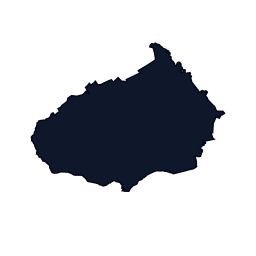 the district of Remetea, Harghita, Romania, rotated 334°
{"feature_id": "2599482B72781380218321", "entity_name": "Remetea", "entity_type": "district", "adm_level": 2, "iso_a3": "ROU", "parent_name": "Romania", "parent_adm1": "Harghita", "projection": "mercator", "projection_center": [25.391, 46.802], "detail": "fine", "context": "isolated", "style": "filled", "palette": "ink", "viewbox_px": 256, "rotation_deg": 334, "n_neighbors": 0, "source": "geoboundaries", "source_scale": "gbopen_adm2", "svg_char_len": 5778}
<svg xmlns="http://www.w3.org/2000/svg" viewBox="0 0 256 256"><g transform="rotate(334 128 128)"><path d="M100.8,185.1L101.5,185.0L102.8,183.9L104.5,183.0L107.9,181.9L108.5,182.1L111.3,182.2L114.2,179.9L115.5,179.8L116.2,180.1L117.1,180.2L118.0,180.1L118.6,180.0L119.2,179.5L119.7,179.3L120.9,179.4L122.9,179.0L124.2,178.5L126.0,178.4L129.2,178.5L130.8,178.4L131.9,178.6L132.4,178.4L133.4,178.7L133.7,178.6L135.1,178.8L136.3,179.7L136.9,179.9L138.1,180.6L139.0,181.1L140.3,181.3L142.0,182.8L143.4,183.7L144.3,184.5L146.2,186.3L147.9,187.7L148.7,188.9L151.3,189.5L161.8,191.7L164.2,192.1L169.2,193.3L172.8,192.7L173.0,191.6L174.4,188.8L174.7,188.1L175.8,183.2L176.2,182.2L176.3,182.2L178.3,184.3L180.2,185.2L180.7,185.2L182.7,183.0L184.5,181.6L184.3,181.1L184.5,181.0L184.6,180.8L185.0,180.6L184.9,180.4L185.0,179.8L184.4,179.3L184.1,178.8L184.4,177.9L184.7,177.4L184.7,177.0L184.8,176.5L185.2,176.4L185.5,176.6L185.9,177.0L186.2,177.0L186.5,176.3L187.4,175.5L187.7,175.3L187.9,175.4L187.9,176.2L188.2,176.7L188.5,176.8L188.8,176.7L189.0,176.4L189.3,175.8L189.3,175.3L189.6,175.0L190.1,175.1L190.5,175.7L191.0,175.6L191.2,175.1L191.0,174.7L190.8,174.6L190.5,174.4L190.4,174.5L189.9,174.6L189.7,174.4L189.6,174.2L189.2,174.1L189.0,173.8L189.0,173.6L189.2,173.3L190.0,172.7L191.6,173.5L200.4,175.7L200.0,174.9L199.8,173.6L200.1,171.4L200.5,168.9L202.0,169.3L206.5,161.3L212.1,156.5L213.4,158.1L214.4,159.2L217.3,157.1L218.5,157.4L220.2,157.1L220.8,156.9L221.1,157.3L221.5,157.6L221.3,157.2L220.9,156.1L220.5,154.5L218.8,153.8L215.0,151.7L215.0,150.3L215.0,149.6L215.2,147.0L215.1,146.2L214.5,145.1L212.5,139.0L212.5,138.3L211.6,136.2L212.4,136.0L211.7,132.8L214.3,131.1L215.0,130.5L214.7,129.5L214.3,129.6L214.2,129.0L213.7,129.1L213.6,128.6L212.9,128.8L213.0,129.3L212.2,129.5L212.0,127.9L211.3,128.0L211.1,127.0L210.4,127.2L210.3,126.9L207.9,127.5L206.9,121.8L205.5,115.2L205.3,113.6L205.6,113.3L205.8,113.1L205.9,112.5L205.9,111.6L206.2,110.6L206.4,110.3L207.3,109.7L207.6,109.4L207.5,108.9L206.8,107.3L206.8,107.0L207.0,106.8L208.0,106.3L208.0,105.9L207.9,105.4L206.4,105.1L205.7,104.7L204.7,104.8L204.5,104.7L203.9,103.9L203.5,103.3L203.4,102.9L203.4,102.6L203.7,102.2L204.6,101.6L204.7,101.3L204.7,101.0L204.6,100.8L203.9,100.1L203.7,100.1L202.9,100.3L202.8,100.6L202.8,101.0L202.6,101.4L201.7,101.8L201.0,102.0L200.5,101.7L200.4,101.5L200.5,100.8L200.7,100.0L201.2,99.6L202.3,99.4L202.5,99.2L203.0,98.4L203.1,97.8L203.0,97.1L202.8,96.5L202.6,96.0L202.6,95.7L202.7,95.2L203.4,94.3L203.6,93.8L203.5,93.2L203.2,91.7L202.6,91.2L202.0,91.1L200.9,91.2L200.3,91.6L199.3,92.7L198.9,92.9L198.0,93.0L197.8,93.0L197.5,92.6L197.5,91.9L197.8,91.4L197.9,91.1L197.9,90.2L197.8,89.9L197.8,88.9L197.7,88.2L197.5,87.8L197.3,87.5L196.8,87.1L196.7,86.5L197.0,86.4L197.1,86.0L196.7,85.3L196.7,84.9L197.7,83.2L197.7,82.6L197.5,82.1L196.7,81.7L196.6,81.3L196.5,80.6L196.7,80.2L196.9,80.0L197.3,80.0L197.8,80.2L198.0,80.1L198.3,79.6L198.5,78.8L198.4,78.4L198.1,78.1L197.7,78.0L197.3,78.2L197.0,78.2L196.7,78.0L196.2,77.4L195.9,76.8L196.0,76.4L196.3,76.2L196.8,76.3L197.0,76.4L197.2,76.7L197.1,77.6L197.4,77.8L197.7,77.6L197.9,77.3L198.1,76.8L198.1,76.4L197.3,76.0L196.7,74.5L196.2,73.8L195.1,72.4L194.5,71.9L194.1,71.7L193.9,71.4L193.9,70.8L194.1,70.5L193.7,69.6L192.8,68.2L192.8,67.4L192.6,66.9L192.0,66.3L190.3,64.9L190.0,63.9L189.5,63.7L188.6,64.0L188.1,63.9L187.1,63.4L186.5,62.7L185.3,62.9L184.8,63.1L184.0,63.7L183.2,64.6L185.8,66.8L185.4,69.6L184.4,73.6L183.6,76.1L183.3,77.4L182.8,78.0L182.6,78.9L174.1,80.0L171.7,80.2L162.4,81.0L163.1,83.9L147.8,83.8L147.9,86.0L147.3,85.8L143.1,83.4L142.7,83.4L141.2,78.5L134.8,80.4L134.2,77.4L130.7,77.1L129.4,77.2L125.7,77.0L123.2,77.2L121.0,76.5L119.6,76.1L119.5,74.1L119.2,71.7L118.8,71.8L117.1,72.6L113.5,73.2L113.0,72.9L113.0,71.2L112.8,70.9L111.3,71.7L108.5,72.8L107.7,72.8L108.2,79.2L107.9,79.6L107.4,79.6L106.9,79.8L106.8,79.7L106.7,78.4L106.4,76.6L103.4,77.8L101.8,78.3L95.9,77.1L91.5,74.2L90.7,74.4L87.2,74.8L85.0,77.5L78.6,78.8L77.9,79.1L76.7,79.8L76.2,80.0L73.7,79.9L73.6,83.4L73.0,83.7L71.7,83.4L68.9,84.2L67.3,84.1L67.5,81.9L66.8,81.6L66.4,81.5L65.6,81.7L64.9,82.0L64.2,82.9L63.2,83.7L62.2,84.1L60.9,84.5L58.7,84.1L58.2,84.1L57.7,84.4L57.5,84.9L56.3,84.5L55.4,83.9L54.1,83.5L51.9,82.8L50.9,82.7L50.2,83.4L48.7,83.5L47.0,86.1L45.7,87.2L44.6,87.9L44.1,89.3L43.4,90.0L42.2,90.6L41.8,91.1L41.5,91.8L41.2,92.1L41.1,92.5L40.7,92.8L40.0,93.0L39.7,92.9L39.2,92.9L38.4,93.3L38.0,93.3L37.6,93.6L36.8,94.4L36.9,95.2L36.7,96.1L36.1,96.7L35.9,97.1L36.2,97.5L36.3,98.0L36.5,98.3L36.5,100.4L36.8,101.1L36.7,102.5L36.4,103.8L36.2,106.3L36.3,107.0L36.5,107.5L36.5,108.5L35.2,110.0L34.8,110.9L34.5,111.2L34.8,111.4L35.5,113.4L35.5,113.8L35.4,114.5L35.5,115.3L36.3,115.9L37.0,116.6L37.1,120.3L37.3,120.5L37.7,120.8L38.7,121.6L39.4,123.0L39.6,123.8L40.6,125.9L40.9,126.2L41.0,127.9L40.7,128.8L40.4,129.3L40.2,129.9L40.2,130.6L40.4,131.5L40.3,131.8L40.2,133.7L40.4,134.7L40.5,134.8L41.3,135.7L42.0,136.3L42.9,136.4L43.5,136.9L45.3,137.5L48.2,137.7L48.5,137.9L49.1,138.2L49.3,138.4L52.4,139.9L52.6,140.2L53.0,140.5L54.2,140.9L54.6,141.2L57.7,144.5L58.0,145.2L58.6,146.1L59.0,146.5L60.3,147.4L60.9,147.8L61.7,147.9L63.3,149.0L64.1,149.0L64.4,149.1L64.6,149.5L65.8,150.2L66.3,151.0L66.9,152.2L67.1,152.8L67.1,153.2L67.8,154.3L68.0,155.5L68.3,156.1L68.3,156.7L68.2,157.2L68.3,157.8L68.9,158.7L69.3,159.0L70.0,159.4L75.3,163.5L77.3,165.5L77.6,166.5L78.6,167.2L79.2,167.6L79.6,168.3L80.1,168.8L80.2,169.1L82.6,169.7L84.0,169.7L86.7,169.1L87.3,169.1L88.0,169.5L89.5,169.0L90.7,169.1L91.4,168.9L91.9,169.0L93.0,169.4L93.9,171.0L95.9,172.4L96.6,173.2L97.0,173.8L97.3,174.0L97.2,175.4L97.8,176.5L97.5,177.0L96.8,178.5L96.2,179.3L97.9,179.4L97.3,181.2L96.6,180.9L95.5,181.8L95.8,181.9L97.0,183.1L100.8,185.1Z" fill="#0f172a" stroke="#020617" stroke-width="1.5"/></g></svg>